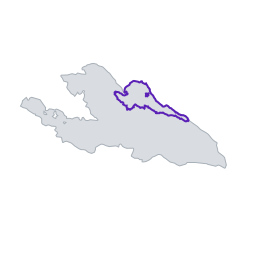 Chuy on a map of Kyrgyzstan (Natural Earth projection), rotated 33°
{"feature_id": "KGZ-1116", "entity_name": "Chuy", "entity_type": "Region", "adm_level": 1, "iso_a3": "KGZ", "parent_name": "Kyrgyzstan", "parent_adm1": "", "projection": "natural_earth1", "projection_center": [74.767, 42.563], "detail": "fine", "context": "in_parent", "style": "outline", "palette": "violet", "viewbox_px": 256, "rotation_deg": 33, "n_neighbors": 0, "source": "natural_earth", "source_scale": "10m", "svg_char_len": 8290}
<svg xmlns="http://www.w3.org/2000/svg" viewBox="0 0 256 256"><g transform="rotate(33 128 128)"><path d="M57.4,151.4L58.0,151.0L60.0,150.6L64.0,150.2L65.3,150.5L68.0,152.1L70.1,151.9L70.4,152.1L71.2,153.4L74.1,151.5L76.2,150.9L77.3,149.0L79.5,146.6L81.5,146.3L81.5,146.6L81.8,147.0L83.8,147.5L84.4,146.9L84.7,146.1L84.0,144.7L84.0,144.2L84.7,143.4L87.8,144.6L88.4,144.6L89.9,143.9L91.2,142.6L91.7,141.7L98.0,138.5L98.5,137.9L98.4,137.5L95.7,136.7L94.5,137.1L93.4,137.1L92.8,136.7L89.5,136.5L88.8,136.2L86.7,133.9L84.0,132.4L82.7,132.5L81.2,133.1L80.7,132.8L80.6,130.6L80.3,129.3L79.4,129.0L78.2,129.5L75.0,128.8L74.6,126.1L73.4,123.7L71.7,122.7L71.7,121.3L71.1,120.7L70.5,120.8L69.9,121.6L70.2,123.2L69.9,124.8L69.5,125.6L68.8,126.2L67.9,126.2L66.4,125.4L66.1,130.2L65.9,130.5L64.1,129.8L62.7,130.1L60.6,129.8L59.0,129.0L55.9,128.1L54.5,127.2L53.6,124.0L52.8,122.8L52.0,122.6L48.7,123.7L45.3,121.7L43.7,121.3L43.2,120.7L43.3,120.0L48.5,116.4L50.6,113.9L51.8,112.8L55.1,111.7L55.8,109.4L56.1,109.2L59.4,108.1L63.1,106.1L63.2,105.5L62.8,105.0L59.5,103.2L57.9,104.1L56.9,103.0L56.9,101.9L58.0,100.0L59.0,99.1L59.4,97.3L60.7,96.1L62.1,94.2L63.8,92.7L66.9,91.5L68.6,91.9L70.2,91.6L72.7,90.7L74.2,90.6L80.6,92.0L82.8,92.1L87.7,94.0L91.6,94.9L93.5,96.7L99.7,97.5L101.5,98.1L102.1,98.9L103.8,100.0L105.4,100.3L104.1,96.0L104.6,93.4L106.6,86.4L107.6,85.3L112.7,83.3L113.9,81.9L117.6,81.9L118.3,81.6L118.7,80.8L130.0,86.9L134.3,88.7L140.2,90.3L145.2,90.8L146.1,90.4L148.1,88.0L149.0,87.9L161.5,88.3L170.4,87.0L171.6,87.1L175.0,88.5L185.5,88.9L189.6,89.8L196.2,89.4L198.9,89.6L203.9,91.3L205.7,91.7L208.9,92.0L210.2,91.7L210.9,92.1L211.6,94.3L214.7,97.0L215.9,98.5L217.1,99.2L222.9,99.6L225.1,100.2L230.6,105.4L231.3,108.5L230.8,109.1L225.1,109.5L223.8,110.0L222.4,112.3L214.8,115.0L213.7,115.0L203.4,120.2L196.4,124.7L196.1,126.8L192.0,131.6L188.9,132.2L186.2,132.1L181.9,133.6L176.3,133.1L174.4,133.2L170.7,132.5L169.2,132.9L167.7,133.8L165.5,137.7L164.6,138.6L164.2,139.5L163.9,141.4L163.1,143.4L161.3,146.4L159.7,147.8L158.3,148.7L157.1,146.8L155.2,148.1L153.4,147.9L152.4,148.2L149.9,149.8L146.2,149.8L145.8,149.2L145.1,144.8L144.4,142.7L143.9,142.3L143.2,142.2L138.0,145.7L135.6,146.3L133.6,146.4L130.9,145.4L130.4,145.6L129.9,146.2L129.7,146.9L130.5,148.9L130.3,149.2L129.1,149.2L127.4,149.7L122.4,153.8L119.2,154.8L116.2,155.2L114.5,156.0L113.5,157.5L111.5,161.7L111.6,162.6L112.4,163.7L113.0,166.3L112.9,166.9L111.3,169.1L109.2,169.7L107.7,170.0L104.6,169.7L103.0,170.1L100.2,171.8L97.8,172.1L93.3,172.1L88.9,171.5L87.5,171.7L83.6,172.6L82.2,174.1L81.5,175.5L81.1,175.7L79.6,174.4L77.6,172.3L76.7,172.3L73.1,174.1L72.6,174.0L71.6,173.4L71.8,170.6L70.7,170.0L68.3,169.9L67.5,169.3L67.8,167.5L67.5,166.9L66.9,166.3L65.6,166.5L63.1,168.0L60.2,168.5L59.2,169.0L58.0,170.9L54.2,171.3L52.9,170.8L50.6,167.3L48.6,166.7L46.5,166.9L43.7,167.8L43.1,167.0L42.4,166.8L41.7,167.4L38.3,167.5L34.8,167.5L32.8,167.0L31.6,167.1L29.0,168.0L25.9,168.2L25.6,164.9L24.7,162.6L25.7,158.9L26.2,157.7L28.6,159.1L29.4,158.9L29.6,158.2L29.3,156.5L30.5,154.7L38.8,152.2L47.8,155.8L49.0,158.2L49.8,158.1L51.1,157.0L51.5,155.0L53.3,153.9L57.2,152.6L57.4,151.4ZM62.0,159.5L62.2,159.2L61.5,157.5L62.5,155.9L60.6,155.6L59.7,155.1L58.6,153.5L58.3,153.4L57.7,153.8L57.4,154.9L57.7,156.1L59.0,157.2L58.3,159.5L61.0,159.7L62.0,159.5ZM52.5,161.1L52.4,160.6L51.8,160.4L48.4,159.8L48.5,160.2L49.8,161.9L50.8,162.0L52.5,161.1ZM72.8,158.2L73.0,157.1L71.0,157.7L70.7,158.3L71.4,158.9L72.3,159.2L72.8,158.2Z" fill="#d9dde1" stroke="#a8b0b8" stroke-width="1"/><path d="M118.2,80.3L118.7,80.6L119.7,81.4L120.2,81.6L120.8,81.7L121.3,82.0L122.3,82.7L122.7,82.9L123.4,82.9L124.1,83.4L124.9,83.5L125.2,83.7L125.5,84.0L125.9,84.8L126.2,85.1L128.1,86.4L128.7,86.7L130.9,87.0L132.5,87.7L133.0,88.2L133.5,88.4L134.6,88.7L135.2,89.0L135.6,89.3L136.7,90.0L137.2,90.1L138.5,90.0L142.7,90.6L143.4,90.5L143.8,90.5L145.0,91.0L145.4,91.0L146.0,90.8L146.5,90.4L146.9,90.0L147.1,89.7L147.7,88.2L147.9,88.0L148.2,87.9L148.4,87.9L149.4,87.8L150.1,87.9L151.6,88.3L152.0,88.4L153.2,88.0L153.7,88.0L155.0,88.3L156.7,88.3L158.3,88.7L158.5,88.7L158.9,88.5L159.1,88.5L159.3,88.6L159.5,89.0L160.0,89.0L160.6,88.5L160.9,88.4L161.4,88.4L162.4,88.8L162.9,88.9L163.3,88.8L164.0,88.5L164.8,88.5L165.2,88.5L165.9,88.1L166.0,87.9L166.5,87.9L167.1,87.3L167.5,87.1L167.9,87.0L168.7,87.0L169.4,86.8L169.8,86.7L170.1,86.8L172.2,87.2L172.9,87.4L173.1,87.6L173.6,88.3L173.9,88.5L174.2,88.5L174.5,88.5L174.7,89.1L174.7,89.3L174.6,89.5L174.4,89.5L174.1,89.5L173.9,89.5L173.4,90.1L173.2,90.7L173.1,90.8L172.9,90.9L172.4,91.1L172.1,91.2L167.7,91.1L167.4,91.1L167.3,91.3L167.2,91.5L167.1,91.8L166.8,92.0L166.7,92.0L166.1,91.9L165.2,91.6L164.9,91.6L163.9,92.1L163.7,92.1L163.4,92.1L162.9,91.9L162.4,92.0L161.2,91.7L160.9,91.8L160.5,92.6L160.3,92.7L160.2,92.7L158.8,93.0L157.5,93.6L157.1,93.8L156.7,94.1L155.7,95.2L155.6,95.3L155.2,95.6L154.8,95.7L154.7,95.7L154.3,95.7L154.0,95.5L153.6,95.5L151.0,96.1L150.7,96.1L149.3,96.0L149.0,96.0L148.8,96.1L148.7,96.5L148.4,96.7L147.9,96.9L147.7,97.1L147.2,97.4L147.0,97.5L146.8,97.6L146.5,97.6L146.4,97.7L146.3,97.8L146.3,98.2L146.2,98.5L145.3,99.1L145.0,99.3L144.9,99.4L144.6,99.6L143.7,100.2L143.4,100.3L143.3,100.1L143.3,99.7L143.2,99.4L143.1,99.2L142.7,99.4L141.3,99.7L141.0,99.7L140.9,99.6L140.1,99.3L139.9,99.4L139.6,99.5L139.1,99.7L138.9,99.7L136.1,99.6L135.3,99.4L135.2,99.4L134.9,99.5L134.7,99.7L134.1,99.9L133.6,99.3L133.4,99.3L133.2,99.2L133.2,99.3L132.8,99.6L130.1,99.9L129.8,100.1L130.2,100.9L131.1,102.2L131.2,102.5L131.2,102.8L130.9,102.8L130.4,102.7L128.9,102.8L128.5,103.0L127.8,103.9L127.3,104.5L127.2,104.5L127.1,104.4L127.0,104.2L126.9,104.1L126.4,104.1L123.1,104.5L122.9,104.5L122.8,104.4L122.6,104.3L121.9,104.2L121.4,104.2L121.2,104.3L121.1,104.5L120.7,106.5L120.8,106.8L120.8,107.0L121.3,107.1L121.6,107.4L121.6,107.5L121.3,107.7L121.2,107.9L120.9,108.2L120.8,108.3L120.7,108.7L120.7,108.8L120.8,109.3L120.7,109.5L120.2,110.2L120.0,110.4L120.0,110.6L120.0,111.1L119.9,111.3L119.8,111.5L119.6,111.6L119.4,111.7L119.2,111.7L118.9,111.5L118.8,111.4L118.7,111.4L117.9,111.8L117.7,112.1L117.7,112.3L117.6,112.9L117.5,113.0L117.4,113.1L117.2,113.1L117.1,112.9L117.0,112.7L117.1,112.0L117.2,111.9L117.1,111.7L116.9,111.6L116.4,111.7L116.3,111.8L116.1,111.8L116.0,111.7L115.8,111.7L115.7,111.6L115.6,111.4L115.4,111.1L115.1,110.8L115.1,110.7L114.9,110.3L114.8,110.2L114.7,110.0L114.0,110.6L113.6,110.7L113.3,110.7L111.1,110.9L110.8,109.9L110.6,109.6L110.3,109.5L110.1,109.4L109.7,109.3L109.3,109.4L108.9,109.6L108.7,109.8L108.6,110.0L108.3,110.1L108.0,110.2L107.8,110.1L106.1,109.5L105.8,109.5L105.6,109.5L105.0,109.6L104.8,109.6L104.2,109.4L103.9,109.3L103.2,109.4L103.0,108.9L102.9,108.7L102.7,108.4L102.2,108.1L101.8,108.0L101.5,108.0L101.4,107.9L101.1,107.7L100.9,107.6L100.0,107.4L99.1,107.1L98.8,107.1L98.6,107.0L98.4,107.0L98.3,106.9L98.2,106.6L98.4,106.3L98.5,106.1L98.4,106.0L98.4,105.9L97.6,105.7L97.4,105.5L97.4,105.3L97.4,105.2L97.6,104.5L97.7,104.3L97.8,104.2L98.0,104.1L98.6,104.1L98.9,104.1L99.1,103.9L99.3,103.7L100.0,103.3L100.4,103.2L100.7,103.1L101.1,103.0L101.4,103.0L101.7,103.1L101.9,103.2L102.2,103.2L102.5,103.2L103.2,102.9L103.5,102.8L104.0,102.8L104.7,102.9L104.8,102.9L105.3,103.2L105.6,103.2L106.0,103.1L107.2,102.7L107.4,102.5L108.0,101.8L108.0,101.5L108.1,101.3L108.4,100.9L108.9,100.4L109.0,100.3L109.1,100.1L109.1,99.8L109.0,99.6L108.8,99.3L108.6,99.3L108.0,99.3L107.8,99.3L107.6,99.3L107.5,99.2L107.4,99.1L107.2,99.0L107.2,98.9L107.1,98.5L107.0,98.4L106.9,98.4L106.8,98.6L106.7,98.8L106.6,99.1L106.7,99.3L106.6,99.7L106.1,100.1L105.6,100.0L104.2,97.6L104.0,96.8L103.8,96.1L103.9,95.2L104.1,94.3L105.1,92.3L105.6,91.3L105.7,90.9L105.6,90.5L105.4,89.7L105.3,89.3L105.4,88.9L105.6,88.6L105.9,87.9L106.7,86.0L106.9,85.7L107.2,85.4L108.0,85.0L111.2,83.7L111.6,83.7L112.3,83.7L113.0,83.4L113.6,81.7L114.2,81.3L114.6,81.5L115.2,82.1L115.6,82.2L118.5,81.8L118.8,81.7L118.9,81.3L118.7,80.9L118.2,80.3ZM126.5,91.0L126.8,90.9L126.7,90.6L126.7,90.4L126.8,90.1L126.9,89.9L127.1,89.7L127.3,89.6L127.3,89.4L127.2,89.3L127.0,89.0L126.7,88.7L126.5,88.4L126.4,87.9L126.2,87.9L126.1,88.3L125.8,88.6L125.5,88.8L124.5,89.1L124.2,89.4L124.4,89.7L125.2,90.3L125.4,90.5L125.4,90.8L125.4,91.0L125.4,91.3L125.5,91.5L125.8,91.6L126.0,91.2L126.3,90.9L126.5,91.0Z" fill="none" stroke="#5b21b6" stroke-width="2"/></g></svg>